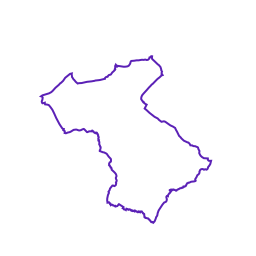 Mueang Sukhothai, Sukhothai, Thailand, rotated 219°
{"feature_id": "78962969B37959209018419", "entity_name": "Mueang Sukhothai", "entity_type": "district", "adm_level": 2, "iso_a3": "THA", "parent_name": "Thailand", "parent_adm1": "Sukhothai", "projection": "mercator", "projection_center": [99.745, 17.015], "detail": "fine", "context": "isolated", "style": "outline", "palette": "violet", "viewbox_px": 256, "rotation_deg": 219, "n_neighbors": 0, "source": "geoboundaries", "source_scale": "gbopen_adm2", "svg_char_len": 5636}
<svg xmlns="http://www.w3.org/2000/svg" viewBox="0 0 256 256"><g transform="rotate(219 128 128)"><path d="M42.8,154.8L43.8,153.9L44.6,153.4L45.2,153.4L46.0,153.6L46.8,154.6L50.0,152.3L52.1,152.0L53.7,152.1L54.6,152.3L56.7,153.2L57.2,153.8L58.0,155.1L59.8,155.8L61.2,156.8L61.8,156.9L63.0,156.5L64.4,156.1L65.6,155.2L66.1,155.0L67.1,154.9L68.6,153.8L70.1,154.5L71.9,154.7L72.6,154.3L76.6,153.3L79.4,153.5L80.4,153.6L80.8,153.8L82.8,154.0L83.3,154.0L87.6,156.0L89.7,156.8L91.4,157.7L94.0,157.4L96.7,156.7L103.0,156.3L104.3,155.8L105.9,153.9L108.9,153.8L110.9,154.1L114.4,153.4L120.7,153.3L124.9,153.6L127.3,153.6L128.2,157.9L129.9,157.6L132.1,157.6L132.1,158.0L134.1,158.1L136.0,158.8L137.0,160.3L137.6,162.2L137.6,164.4L137.3,169.3L137.2,172.7L137.0,174.5L136.9,176.8L136.6,177.7L136.0,184.2L135.6,186.3L135.4,186.8L135.0,190.0L134.4,190.9L135.2,191.2L135.8,191.0L136.8,192.4L137.0,193.2L138.5,193.8L139.0,194.4L141.1,195.8L143.6,196.3L144.9,196.2L149.3,196.6L152.5,196.8L153.0,197.1L153.6,197.6L154.4,198.9L154.9,198.6L155.2,198.2L155.2,197.9L154.8,197.2L155.7,196.4L155.2,195.2L155.3,193.9L155.6,193.3L156.3,192.6L157.7,192.0L158.5,191.0L160.4,189.5L162.4,187.2L164.0,185.9L165.5,184.2L167.6,182.2L167.7,181.9L167.6,181.1L166.8,179.3L166.7,178.3L166.6,177.0L167.1,175.7L168.4,174.2L169.9,172.9L174.5,170.2L174.8,169.8L174.9,169.0L175.1,168.8L175.8,169.0L175.8,169.5L176.2,169.3L177.2,169.5L177.0,169.0L177.2,168.9L177.2,168.6L176.8,168.1L176.5,167.4L175.8,166.9L175.4,165.6L174.8,165.5L174.7,165.0L174.7,164.7L174.9,164.5L174.8,163.4L175.2,161.3L175.0,159.0L175.1,158.5L176.1,157.3L176.3,156.1L176.1,154.9L177.0,154.1L177.2,153.3L177.3,152.2L176.9,151.7L177.4,151.1L179.8,147.9L180.7,146.9L183.3,144.3L183.6,143.7L185.7,141.3L188.9,138.1L192.3,133.8L194.5,131.8L195.1,130.9L197.7,131.0L200.0,131.5L200.9,131.5L202.5,132.1L203.4,132.3L205.7,134.4L206.0,135.0L207.1,133.6L208.4,127.5L208.1,123.8L208.5,120.8L208.8,120.2L208.9,118.1L209.7,113.6L209.9,109.5L210.2,107.6L211.2,105.2L215.0,99.6L215.5,97.9L214.3,98.3L213.4,97.9L212.3,96.0L212.0,94.9L211.7,94.3L211.1,93.8L210.3,93.4L210.0,93.4L209.7,93.7L208.6,95.3L208.2,94.8L207.3,94.2L205.6,95.3L204.2,95.9L203.6,95.9L201.2,95.4L198.3,94.6L194.6,92.9L190.1,90.6L183.5,87.8L179.0,86.4L178.3,86.3L177.3,86.8L177.0,85.9L176.7,85.9L176.7,85.6L175.1,85.7L174.1,84.3L173.8,84.6L173.1,84.7L172.8,85.0L172.0,86.5L170.7,88.1L170.2,89.1L169.1,92.3L167.5,94.0L166.9,94.4L164.9,95.1L164.0,95.7L163.2,96.8L162.5,98.4L161.8,99.4L161.2,99.5L157.3,99.0L157.0,99.2L156.7,99.7L156.1,101.0L155.6,101.3L154.4,102.5L154.3,103.1L153.8,102.9L153.6,103.4L153.3,103.3L153.2,103.5L152.8,103.6L151.4,103.2L150.2,103.4L150.2,104.1L149.5,104.7L149.1,104.7L148.5,104.1L148.0,104.3L147.7,104.0L146.9,103.8L146.7,103.4L145.9,103.0L145.8,102.6L145.4,102.4L145.0,102.4L144.7,102.0L144.4,101.0L143.8,100.6L143.5,100.6L143.3,100.4L143.6,100.2L143.5,99.9L143.1,99.6L142.7,99.9L142.6,99.7L141.8,99.3L141.3,98.9L140.0,97.1L139.0,96.8L137.7,95.9L137.4,96.0L137.2,95.9L136.4,94.7L135.9,93.3L135.9,92.9L135.4,92.3L133.2,93.1L132.8,93.1L131.1,94.0L128.8,94.5L128.1,94.5L125.0,93.6L122.0,93.2L121.1,92.5L120.2,91.2L120.2,90.7L120.6,89.7L120.2,88.3L119.7,87.7L118.8,87.4L118.9,87.1L116.6,86.7L116.5,86.3L115.5,86.4L114.4,85.3L111.2,85.1L109.7,84.9L108.5,84.6L107.2,83.9L106.5,83.1L106.2,81.8L105.8,81.3L105.1,80.8L104.0,80.3L103.6,79.9L103.2,78.9L103.2,78.2L102.4,77.6L101.6,76.0L101.9,74.4L102.4,74.1L103.5,73.9L103.9,73.4L103.9,70.3L103.8,69.5L103.2,68.1L103.0,66.1L102.4,65.9L102.0,65.6L101.4,63.3L99.8,60.2L98.6,58.6L97.0,57.1L96.8,57.5L96.5,57.6L96.5,57.9L96.0,57.9L95.8,58.2L95.5,58.0L94.5,58.2L94.3,57.9L93.9,57.9L93.8,57.5L93.2,57.5L92.8,57.2L92.3,58.3L91.3,58.6L90.7,58.4L90.1,58.8L89.2,59.0L89.0,59.3L88.8,59.1L88.4,59.0L87.2,60.6L87.1,62.2L87.2,62.5L87.1,63.1L81.8,63.7L81.6,62.4L81.1,62.6L80.9,62.5L80.7,62.7L80.0,62.2L78.8,62.7L78.6,62.9L78.0,62.9L78.4,64.3L77.1,64.8L76.3,64.6L76.1,65.0L76.1,65.3L75.5,65.9L75.2,65.8L74.5,66.1L74.2,65.8L73.3,65.8L73.1,66.5L72.8,66.5L72.4,66.8L72.0,66.5L71.8,66.7L71.8,67.0L71.1,67.2L70.9,67.6L70.7,67.5L70.7,67.9L70.4,67.8L70.3,68.1L70.1,68.0L69.9,68.2L69.0,68.6L68.7,68.3L67.7,69.0L67.5,68.9L67.4,69.2L67.0,69.3L67.0,69.6L66.8,69.6L66.9,70.0L66.7,70.0L66.4,70.3L66.1,70.1L65.9,70.3L65.5,70.3L65.6,70.8L65.4,71.4L64.9,71.7L64.7,71.5L64.4,71.7L64.2,71.6L63.9,71.5L63.7,71.5L63.5,71.4L62.8,71.4L62.7,71.3L62.8,71.2L62.6,71.1L62.1,71.1L61.5,71.4L61.2,71.3L60.2,70.1L59.6,69.8L59.4,69.3L59.0,69.0L57.9,69.1L57.8,69.4L57.2,69.5L55.8,70.1L55.7,70.3L55.4,70.4L54.9,70.2L54.0,70.3L53.6,70.0L52.5,70.1L52.2,69.8L51.7,69.8L50.8,69.5L50.1,70.1L49.7,70.0L49.5,70.5L48.7,70.4L48.6,72.3L49.4,75.0L50.0,76.4L50.1,77.8L50.2,78.4L51.4,80.6L52.3,83.2L53.0,90.1L53.0,91.3L53.0,92.8L52.1,94.5L52.2,95.7L53.0,97.1L54.5,98.2L54.9,98.7L55.0,99.6L54.8,100.0L54.1,100.2L54.5,100.7L54.7,101.6L54.8,103.2L54.6,103.4L54.6,104.3L54.7,105.7L56.2,105.7L56.5,105.9L56.5,106.1L56.0,106.8L55.9,107.2L55.5,107.5L54.4,107.7L54.3,108.6L54.1,108.6L53.4,109.0L53.1,108.9L52.7,109.4L51.2,109.5L50.9,110.0L51.0,110.7L50.4,112.1L50.2,112.2L50.2,112.5L49.9,112.9L49.7,113.8L48.9,114.6L48.9,115.1L48.4,115.4L48.3,115.8L48.0,115.9L47.8,116.2L48.1,117.4L47.4,117.6L47.0,118.1L47.0,119.2L46.8,119.3L46.9,119.5L46.7,119.9L47.1,121.2L47.1,121.7L47.2,122.4L46.8,122.7L46.7,123.5L46.0,124.1L45.1,126.0L43.0,128.1L42.3,129.1L42.2,129.5L42.3,129.7L43.3,130.2L43.6,130.7L43.8,132.7L44.4,135.0L44.0,136.4L44.1,137.7L44.4,138.4L44.9,138.8L45.5,140.7L45.3,141.8L44.8,142.5L44.0,143.2L42.7,143.4L42.1,144.5L40.8,145.0L40.5,145.7L40.5,146.5L41.2,148.4L41.1,149.6L41.4,151.8L42.8,154.8Z" fill="none" stroke="#5b21b6" stroke-width="2"/></g></svg>